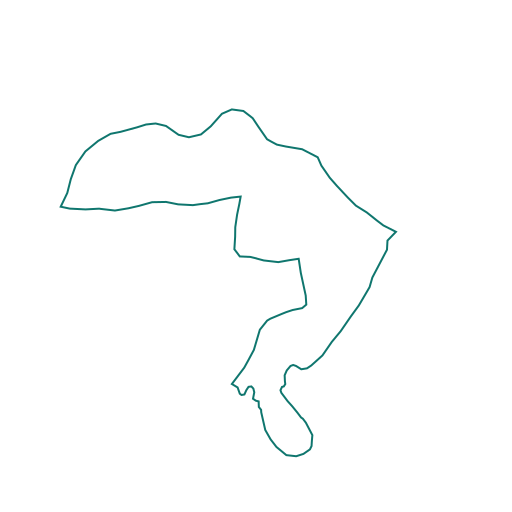 Isoko North, Delta, Nigeria, rotated 53°
{"feature_id": "59680162B76063539046075", "entity_name": "Isoko North", "entity_type": "district", "adm_level": 2, "iso_a3": "NGA", "parent_name": "Nigeria", "parent_adm1": "Delta", "projection": "natural_earth1", "projection_center": [6.267, 5.521], "detail": "fine", "context": "isolated", "style": "outline", "palette": "teal", "viewbox_px": 512, "rotation_deg": 53, "n_neighbors": 0, "source": "geoboundaries", "source_scale": "gbopen_adm2", "svg_char_len": 1840}
<svg xmlns="http://www.w3.org/2000/svg" viewBox="0 0 512 512"><g transform="rotate(53 256 256)"><path d="M99.1,382.3L106.1,376.2L116.2,364.1L123.8,352.8L125.2,351.4L134.8,341.3L141.1,329.2L145.5,319.4L150.5,306.6L158.7,295.3L167.9,287.1L177.4,275.8L181.2,269.0L184.9,262.8L189.3,251.5L194.3,240.9L199.3,232.5L204.5,238.1L208.0,242.1L211.6,246.2L220.5,255.2L228.1,261.1L237.6,269.2L246.6,269.2L253.3,261.1L258.2,257.1L258.3,257.1L264.2,252.5L274.3,241.9L279.4,231.9L283.9,223.6L296.5,230.4L317.5,240.1L325.1,245.1L325.4,250.5L321.2,259.2L319.0,265.7L317.7,270.5L314.7,282.3L314.3,286.0L317.2,297.3L329.7,314.2L334.7,325.0L338.1,332.6L343.7,352.3L349.9,349.8L356.2,351.8L358.3,351.2L359.6,348.6L357.3,344.4L356.0,340.7L357.4,338.2L360.3,337.9L363.8,339.4L368.2,344.3L371.5,343.2L373.7,341.4L378.3,344.6L381.9,344.5L384.0,345.9L400.5,353.3L411.3,354.7L420.8,354.6L433.3,351.6L440.1,344.4L442.6,337.2L442.9,329.3L441.2,326.0L437.0,322.4L433.0,318.8L419.2,316.5L414.1,316.5L412.1,317.2L406.3,317.2L397.9,317.5L391.0,318.1L380.5,318.1L377.9,317.2L376.2,314.0L376.9,312.3L375.9,309.7L373.3,308.2L368.5,304.9L365.9,300.3L364.6,294.6L365.4,291.9L367.9,290.2L373.7,288.0L376.4,282.9L376.7,277.8L375.4,262.8L370.2,247.1L367.0,233.6L361.3,216.5L357.4,203.7L351.3,189.0L349.2,184.0L343.2,176.0L329.8,147.6L322.8,141.7L320.9,129.7L308.2,135.9L300.0,138.2L287.9,141.3L275.9,145.9L264.5,147.5L248.6,149.2L237.8,150.0L223.2,149.4L214.3,147.3L198.5,154.9L186.5,166.3L179.6,172.3L174.0,174.9L169.4,176.9L154.2,176.3L144.0,175.7L141.2,176.4L132.6,178.8L124.4,187.1L121.9,197.6L125.2,214.1L125.8,226.8L120.8,238.1L112.6,244.9L98.0,249.6L89.8,256.4L88.5,258.5L84.8,264.7L81.6,273.7L75.3,289.5L70.9,298.6L69.8,307.2L69.1,312.8L69.8,329.3L74.9,345.0L75.5,346.0L77.5,349.0L83.2,357.7L92.1,368.8L99.1,382.3Z" fill="none" stroke="#0f766e" stroke-width="2"/></g></svg>